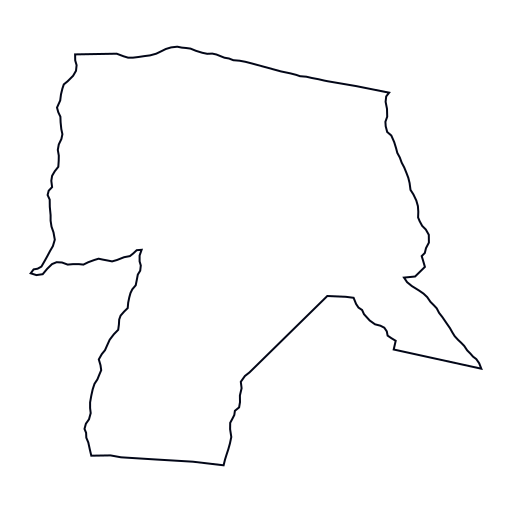 outline of Miraíma, Ceará, Brazil
{"feature_id": "56859067B49924761215714", "entity_name": "Miraíma", "entity_type": "district", "adm_level": 2, "iso_a3": "BRA", "parent_name": "Brazil", "parent_adm1": "Ceará", "projection": "robinson", "projection_center": [-39.915, -3.576], "detail": "fine", "context": "isolated", "style": "outline", "palette": "ink", "viewbox_px": 512, "rotation_deg": 0, "n_neighbors": 0, "source": "geoboundaries", "source_scale": "gbopen_adm2", "svg_char_len": 2908}
<svg xmlns="http://www.w3.org/2000/svg" viewBox="0 0 512 512"><path d="M75.1,54.4L75.2,60.4L76.6,65.2L76.0,70.8L73.1,75.8L67.6,81.3L63.8,84.4L62.4,88.6L61.0,94.3L60.2,100.5L57.0,107.6L58.3,112.3L60.4,116.7L60.6,122.2L61.3,129.1L62.4,134.2L61.4,139.0L58.8,144.4L57.8,149.9L58.8,155.6L58.7,160.9L58.3,166.8L54.8,171.2L52.1,175.8L51.3,180.8L52.1,187.1L48.7,190.7L47.6,195.0L49.7,199.6L49.8,206.9L50.6,215.2L50.6,220.7L51.5,226.6L53.5,232.4L54.8,239.7L52.9,246.1L50.1,250.9L47.3,256.2L44.8,260.7L41.4,266.6L37.6,268.7L33.6,269.4L30.7,273.3L36.4,275.1L42.7,274.2L47.2,268.8L52.0,264.1L56.6,262.2L62.0,262.5L67.7,264.6L73.4,264.1L78.6,264.1L83.4,264.6L88.3,262.2L94.3,260.0L98.6,258.7L102.8,259.6L107.6,260.5L112.1,261.4L117.0,260.0L124.1,257.2L129.9,256.1L133.3,253.4L136.7,250.2L141.6,249.8L139.6,255.5L139.6,261.4L140.8,265.5L140.2,270.7L137.8,274.6L136.7,280.4L135.7,285.3L132.3,289.3L130.5,293.0L129.3,297.3L128.2,302.6L127.7,308.1L124.2,311.5L120.6,315.6L119.2,319.5L118.9,324.6L118.2,329.8L113.9,334.2L109.7,339.7L106.8,346.1L105.0,350.2L101.8,354.1L98.8,359.4L100.5,365.2L101.2,370.2L99.3,374.7L97.4,379.4L94.5,383.8L92.7,389.3L91.3,395.6L90.1,402.4L90.1,408.1L90.7,413.1L89.0,419.3L85.9,423.7L84.5,428.9L86.1,432.8L86.3,437.7L88.3,442.5L89.9,449.8L91.3,455.7L110.5,455.4L121.0,457.3L154.4,459.4L192.9,461.7L223.6,465.3L225.0,459.6L226.4,455.1L228.3,449.3L229.9,443.6L231.3,437.0L230.1,429.2L230.2,422.8L232.1,419.3L234.3,415.0L234.9,410.8L239.1,407.4L240.0,402.2L239.9,395.5L241.6,388.2L240.8,381.8L244.9,376.0L249.5,372.4L327.3,296.0L345.8,296.8L353.6,297.8L356.1,304.0L358.5,307.6L362.1,310.0L364.0,314.2L369.7,320.5L375.0,324.3L380.4,325.7L384.3,327.7L386.8,331.4L387.6,335.6L391.4,338.2L395.7,340.8L393.7,349.5L481.3,368.7L479.2,363.3L476.3,359.1L473.0,356.6L470.4,353.6L467.2,350.4L464.2,345.9L461.1,342.7L458.1,339.9L454.7,336.2L452.4,332.5L450.0,328.2L446.4,323.0L442.3,317.0L439.1,312.9L436.7,308.3L433.9,305.3L430.4,301.8L427.2,297.1L423.5,293.6L419.0,290.5L415.3,288.2L411.9,286.1L407.1,282.2L404.0,277.6L415.1,276.5L424.9,266.9L423.1,260.7L421.7,256.1L424.8,253.0L426.0,248.1L428.9,242.6L428.8,234.8L425.8,229.5L422.2,225.9L419.7,221.3L418.1,217.5L418.3,211.8L417.9,206.1L416.3,200.5L413.4,194.4L410.5,189.9L409.6,183.1L408.3,177.8L406.4,172.8L404.2,167.4L401.7,162.7L399.8,157.5L397.3,152.9L396.1,148.3L394.2,142.1L391.3,135.5L387.2,132.0L385.7,126.3L385.4,121.8L387.2,116.7L387.0,108.9L385.6,101.8L386.2,96.4L389.1,92.7L356.2,86.1L328.0,81.3L324.4,80.6L318.4,79.2L311.9,78.0L306.3,76.7L300.0,76.2L296.3,74.9L290.5,73.4L280.9,71.4L252.0,63.5L245.4,61.8L239.5,60.7L233.3,60.2L229.0,58.5L224.4,57.7L220.4,56.1L216.4,54.5L212.3,53.6L207.2,53.8L202.4,52.8L195.9,50.8L190.5,48.6L186.1,48.0L181.7,47.6L177.3,46.7L171.1,47.4L165.8,49.0L161.6,51.1L156.2,53.7L150.0,55.4L144.4,56.1L138.4,57.0L132.7,57.7L128.2,57.7L123.6,56.3L116.7,53.7L75.1,54.4Z" fill="none" stroke="#020617" stroke-width="2"/></svg>